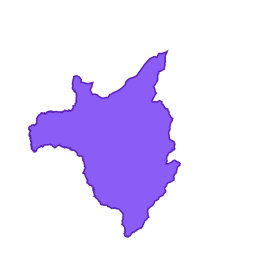 outline of Salamina, Caldas, Colombia, rotated 221°
{"feature_id": "7082276B24883943395769", "entity_name": "Salamina", "entity_type": "district", "adm_level": 2, "iso_a3": "COL", "parent_name": "Colombia", "parent_adm1": "Caldas", "projection": "robinson", "projection_center": [-75.386, 5.344], "detail": "fine", "context": "isolated", "style": "filled", "palette": "violet", "viewbox_px": 256, "rotation_deg": 221, "n_neighbors": 0, "source": "geoboundaries", "source_scale": "gbopen_adm2", "svg_char_len": 5758}
<svg xmlns="http://www.w3.org/2000/svg" viewBox="0 0 256 256"><g transform="rotate(221 128 128)"><path d="M143.5,76.6L141.0,74.0L139.0,73.5L136.1,71.2L135.7,70.5L135.1,70.3L134.4,70.5L134.1,70.2L133.8,69.7L133.6,67.8L132.8,66.6L132.5,64.6L132.2,64.4L130.9,65.2L127.4,63.2L125.8,62.6L125.1,62.9L124.9,62.0L123.7,61.9L123.8,61.3L123.4,60.7L123.5,60.2L122.7,59.7L122.2,60.2L121.2,59.8L119.0,59.8L117.8,60.9L116.6,60.3L115.8,60.7L115.2,60.6L114.9,60.3L115.1,59.8L114.7,59.4L113.5,59.5L114.0,58.7L113.9,58.2L111.8,57.9L111.6,57.7L112.0,57.1L110.0,56.1L109.5,55.4L108.8,55.4L108.8,54.4L108.1,55.0L107.3,54.3L106.7,54.7L106.5,54.2L104.3,54.5L102.0,53.6L100.8,54.1L99.9,53.3L98.4,52.6L97.4,52.8L97.2,53.5L96.2,53.6L96.0,54.0L95.2,54.2L93.6,55.9L92.5,55.9L91.8,55.5L90.5,56.2L88.2,56.7L87.7,56.5L87.3,57.3L85.9,58.2L85.2,59.4L83.8,59.3L82.6,60.7L81.0,60.8L75.8,60.2L74.4,59.2L73.2,57.1L72.0,56.0L71.5,54.1L69.9,52.8L69.4,51.3L67.9,51.4L66.3,51.1L64.9,50.5L64.1,49.6L63.3,49.5L62.7,47.8L62.0,47.6L61.6,47.2L61.7,45.7L60.8,45.6L59.6,44.5L58.7,44.6L58.4,45.4L57.5,45.1L56.5,45.7L56.4,46.9L55.8,48.0L55.8,49.0L56.2,50.5L56.0,51.5L56.2,52.4L55.0,53.4L55.0,54.9L54.5,55.5L54.3,57.2L53.0,60.7L52.3,61.2L52.5,63.6L53.2,64.3L53.2,65.5L54.6,69.1L54.2,70.2L54.1,72.0L54.3,72.9L53.9,74.4L55.6,75.3L57.2,76.9L58.3,77.5L59.8,80.1L59.4,83.0L58.7,85.6L58.7,87.4L59.9,90.5L59.1,91.9L58.4,93.9L58.4,94.4L59.2,96.5L57.9,99.1L57.6,100.3L57.9,102.0L57.7,104.4L58.2,105.2L60.7,106.2L61.2,107.1L60.9,109.5L61.9,111.1L61.9,112.7L60.8,114.6L59.2,118.9L60.3,120.4L61.8,121.4L62.3,123.0L62.6,123.2L62.1,125.4L64.9,130.6L65.0,131.9L64.4,133.7L65.1,134.4L65.2,135.3L67.4,135.3L68.8,134.6L71.4,134.5L72.3,133.4L72.8,130.6L73.8,128.2L75.0,126.5L75.8,125.9L77.0,128.9L77.9,129.2L79.6,131.3L80.4,132.8L80.1,134.0L80.7,134.2L80.9,135.6L79.5,139.2L80.4,140.6L79.7,140.8L79.0,141.5L78.9,142.3L79.2,143.2L80.0,143.3L81.0,144.3L81.1,144.8L81.6,145.1L81.7,146.2L82.8,147.1L84.6,147.8L87.3,147.0L89.6,147.0L92.6,149.8L93.8,150.5L95.0,152.6L95.3,154.4L97.1,156.0L97.8,157.2L99.3,160.6L99.4,162.5L100.0,163.1L100.6,164.5L103.0,164.3L104.5,165.1L106.0,165.3L107.1,166.2L107.3,166.9L109.5,167.5L110.4,168.4L112.6,167.1L113.1,167.5L114.3,167.5L114.9,168.1L116.0,168.2L117.1,168.7L118.4,168.4L119.8,170.1L121.2,169.5L122.1,169.4L123.2,166.7L123.7,166.2L125.0,165.7L125.8,164.1L127.1,163.8L127.6,164.0L128.6,167.5L129.0,170.1L129.4,170.9L129.5,173.0L130.8,173.0L134.1,175.4L135.9,176.0L136.0,178.5L137.0,183.5L140.5,187.6L140.6,189.4L141.8,190.6L141.6,191.2L140.5,192.6L139.9,195.0L139.4,195.8L139.4,196.5L140.6,198.1L141.4,200.0L142.4,200.6L142.9,201.1L143.3,202.7L144.6,203.7L147.0,206.7L147.7,208.2L148.7,211.5L149.5,209.0L150.3,208.4L151.4,206.0L153.2,205.0L153.7,204.1L152.4,200.2L153.8,199.8L155.3,198.9L155.6,197.6L156.5,195.9L157.1,194.0L157.1,186.1L156.7,184.4L156.6,180.8L156.3,180.1L156.3,176.7L155.9,175.3L155.7,173.2L156.6,170.6L158.6,167.5L159.7,164.8L159.9,161.7L159.7,161.0L158.4,158.8L159.0,153.3L160.2,149.2L162.3,144.7L162.6,142.9L163.7,141.4L163.2,138.7L162.8,138.3L163.0,138.0L164.3,136.9L166.7,133.8L167.6,133.3L169.7,132.9L171.7,132.7L173.1,132.9L174.2,132.2L175.2,132.0L176.7,130.0L181.2,131.7L182.0,133.5L182.2,135.0L183.1,136.3L184.4,139.2L186.8,135.7L189.2,133.9L191.4,133.2L193.2,131.7L195.1,133.9L195.6,133.8L197.8,134.5L200.6,133.9L201.3,133.4L202.7,131.2L201.8,130.2L200.7,127.6L200.1,127.1L199.3,125.5L198.5,124.4L197.7,124.3L196.9,123.3L196.4,121.7L194.8,120.9L193.3,120.8L193.2,120.6L192.9,120.7L192.6,120.4L192.4,120.7L192.1,120.6L192.1,120.9L191.6,120.4L190.6,120.8L189.8,120.3L188.8,119.2L188.2,118.9L188.2,118.5L187.9,118.4L187.0,117.4L186.8,116.7L185.5,115.4L185.1,114.5L184.7,114.5L184.6,114.1L184.2,114.0L184.3,113.7L183.8,113.1L183.9,112.7L183.6,112.3L183.8,111.7L183.2,111.1L182.9,110.1L183.9,108.4L183.1,108.1L182.6,107.5L182.4,107.0L182.6,106.1L182.2,105.7L182.3,105.2L182.0,105.0L182.1,104.3L182.7,103.1L183.8,102.6L184.1,102.8L184.4,102.7L184.2,101.9L184.5,101.1L185.5,101.1L186.3,100.2L187.4,99.9L187.5,98.1L188.0,97.8L188.3,97.2L187.9,96.8L188.6,96.5L188.9,95.4L190.0,95.6L190.9,94.4L192.6,93.6L194.1,92.0L194.6,90.9L195.2,90.7L195.4,91.1L195.6,91.1L196.2,89.8L197.0,90.3L197.2,89.7L197.5,89.9L197.8,89.7L198.2,89.0L197.9,88.8L198.1,88.5L198.8,88.5L199.0,88.2L198.9,87.6L199.3,87.5L199.6,86.6L199.4,85.1L199.5,84.1L199.8,84.0L200.2,84.7L200.6,84.4L200.9,84.6L201.4,83.7L202.2,83.5L202.4,82.4L203.3,82.5L203.3,80.6L203.7,78.6L203.1,75.2L202.2,74.6L202.1,74.1L200.3,72.0L200.1,71.7L200.2,71.0L199.6,70.5L200.2,69.6L200.4,68.4L200.8,68.1L201.1,68.4L201.7,68.1L202.0,67.4L202.5,66.7L202.3,65.9L203.2,64.7L203.1,63.4L201.9,61.9L201.3,62.3L200.7,61.7L200.1,62.2L199.6,62.1L199.2,60.0L198.8,59.7L198.5,58.5L197.8,58.3L197.7,57.4L197.1,57.3L196.7,57.9L196.4,57.3L195.6,57.3L195.5,56.6L194.8,56.7L194.8,55.5L193.6,55.2L192.5,54.0L191.7,54.2L191.1,53.0L190.6,52.7L190.6,51.9L190.1,51.5L189.6,51.7L189.1,50.7L187.7,50.7L187.6,50.3L188.0,49.8L187.5,49.3L187.1,49.3L186.7,48.9L185.8,49.0L185.0,48.5L184.3,48.6L183.9,49.4L183.1,48.5L182.6,49.8L182.2,49.7L182.5,51.5L183.0,52.0L182.8,54.1L181.6,56.9L182.2,57.1L182.2,57.4L181.4,57.9L180.0,57.8L179.8,58.5L180.1,60.2L179.0,61.2L178.8,61.7L177.7,62.3L175.9,64.8L175.3,64.5L174.3,65.2L173.1,64.9L172.3,65.1L170.6,65.0L170.4,65.5L170.0,65.6L169.8,66.7L169.9,67.5L169.6,68.5L169.0,69.3L168.8,70.5L167.9,70.0L166.7,70.7L166.4,70.2L165.5,70.4L165.1,71.2L163.5,71.3L163.4,72.1L162.7,71.8L162.6,72.2L162.1,72.3L161.8,73.1L160.7,73.2L160.4,73.7L159.6,73.9L159.5,74.3L159.0,74.2L158.5,74.9L158.4,74.5L157.7,74.0L157.6,74.5L156.7,74.5L156.3,74.1L155.6,74.7L155.3,75.3L154.7,75.3L153.5,75.9L151.9,75.9L149.3,75.5L148.7,74.6L147.4,74.4L145.9,75.2L145.3,76.0L144.2,76.6L143.5,76.6Z" fill="#8b5cf6" stroke="#5b21b6" stroke-width="1.5"/></g></svg>